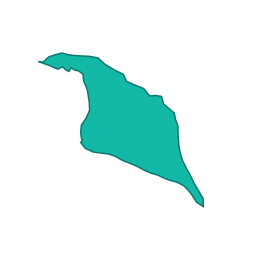 outline of La Nya, Logone Oriental, Chad, rotated 320°
{"feature_id": "50815135B28220035440725", "entity_name": "La Nya", "entity_type": "district", "adm_level": 2, "iso_a3": "TCD", "parent_name": "Chad", "parent_adm1": "Logone Oriental", "projection": "natural_earth1", "projection_center": [16.579, 8.562], "detail": "fine", "context": "isolated", "style": "filled", "palette": "teal", "viewbox_px": 256, "rotation_deg": 320, "n_neighbors": 0, "source": "geoboundaries", "source_scale": "gbopen_adm2", "svg_char_len": 1105}
<svg xmlns="http://www.w3.org/2000/svg" viewBox="0 0 256 256"><g transform="rotate(320 128 128)"><path d="M82.5,108.5L82.1,116.1L85.9,124.0L91.9,130.6L96.2,135.2L100.1,141.6L102.6,148.5L105.4,153.8L109.6,161.7L113.5,171.2L116.9,177.9L120.3,182.8L123.7,190.2L127.1,196.0L130.6,200.9L133.7,208.3L134.2,217.7L132.8,228.8L135.1,236.6L140.2,230.4L141.3,223.5L143.0,213.6L145.4,203.9L146.5,197.7L148.9,187.7L151.2,182.2L154.8,175.5L158.6,170.0L163.5,163.4L167.4,158.8L169.7,152.4L173.0,146.3L172.1,140.5L170.7,132.6L173.9,125.3L170.3,121.1L165.2,117.4L165.4,107.9L160.1,98.0L156.9,91.3L158.9,83.8L154.8,74.6L151.2,64.0L150.0,55.0L144.8,48.6L139.4,43.6L133.4,37.9L129.1,33.2L125.6,28.1L119.6,25.2L112.6,22.5L105.4,23.0L102.1,19.5L102.0,19.4L104.5,23.7L108.7,30.9L112.0,37.8L117.2,39.1L117.2,39.7L117.3,39.7L117.3,39.9L117.9,44.1L119.2,46.8L123.2,45.2L124.3,49.5L125.7,51.1L126.8,52.4L128.1,57.8L124.5,63.0L121.6,72.2L115.0,83.2L110.0,89.7L102.3,93.6L94.4,95.7L88.9,100.9L87.8,102.7L86.4,104.9L86.1,105.4L85.9,105.7L84.5,108.5L84.3,108.5L82.5,108.5Z" fill="#14b8a6" stroke="#0f766e" stroke-width="1.5"/></g></svg>